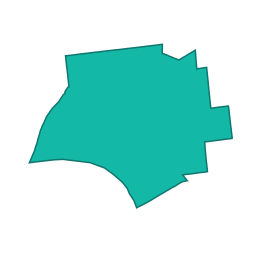 outline of Cetate, Dolj, Romania, rotated 352°
{"feature_id": "2599482B60212600347898", "entity_name": "Cetate", "entity_type": "district", "adm_level": 2, "iso_a3": "ROU", "parent_name": "Romania", "parent_adm1": "Dolj", "projection": "albers", "projection_center": [23.068, 44.111], "detail": "fine", "context": "isolated", "style": "filled", "palette": "teal", "viewbox_px": 256, "rotation_deg": 352, "n_neighbors": 0, "source": "geoboundaries", "source_scale": "gbopen_adm2", "svg_char_len": 5343}
<svg xmlns="http://www.w3.org/2000/svg" viewBox="0 0 256 256"><g transform="rotate(352 128 128)"><path d="M229.8,152.4L229.8,152.0L229.8,151.5L229.8,151.2L229.8,150.7L229.9,149.0L229.9,147.5L229.9,147.3L229.9,146.4L229.9,146.2L229.9,145.9L229.9,145.6L229.9,145.3L230.0,144.5L230.0,143.9L230.0,143.6L230.0,143.3L230.0,142.2L230.0,141.6L230.0,141.0L230.0,140.2L230.0,139.7L230.0,139.4L230.0,139.2L230.1,138.5L230.1,138.2L230.1,137.9L230.1,137.1L230.1,136.8L230.1,136.5L230.1,135.9L230.1,135.6L230.2,135.0L230.2,134.7L230.2,134.4L230.2,134.2L230.2,133.9L230.2,133.5L230.2,133.2L230.2,132.6L230.3,131.7L230.3,130.8L230.3,130.6L230.3,130.0L230.3,129.7L230.3,129.2L230.3,128.9L230.3,128.6L230.3,128.4L230.3,128.0L230.3,127.7L230.3,127.4L230.3,127.1L230.4,126.8L230.4,126.5L230.4,126.2L230.4,125.9L230.4,125.6L230.4,124.7L230.5,124.4L230.4,124.1L230.5,123.8L230.5,123.2L230.5,122.9L230.5,122.3L230.5,121.6L230.5,121.0L230.4,120.2L230.0,120.2L229.9,120.2L229.7,120.2L229.0,120.1L228.6,120.1L228.4,120.1L227.9,120.1L227.6,120.1L226.9,120.1L226.7,120.1L225.0,120.1L224.8,120.1L223.8,120.1L223.6,120.1L223.1,120.1L222.3,120.1L222.2,120.1L221.9,120.0L221.7,120.0L221.3,120.0L221.0,120.0L220.8,120.0L220.6,120.0L220.4,120.0L219.9,120.0L217.7,120.0L215.8,120.0L214.8,120.0L213.7,120.0L212.8,119.9L212.8,119.4L212.8,118.5L212.9,117.6L212.9,116.7L212.9,115.7L212.9,114.8L213.0,113.8L213.0,112.9L213.0,112.0L213.0,111.1L213.1,110.1L213.1,109.2L213.2,107.4L213.2,106.5L213.2,105.6L213.2,105.2L213.2,104.7L213.3,104.5L213.4,100.6L213.5,97.9L213.6,95.6L213.8,92.7L213.8,91.1L213.9,90.0L213.9,88.4L214.0,87.4L214.0,87.0L214.0,86.6L214.1,85.2L214.1,84.7L214.1,84.3L214.1,83.8L214.1,83.3L214.1,82.8L214.2,82.3L214.2,81.8L214.2,81.4L214.2,81.0L214.3,79.7L214.3,78.9L207.5,79.0L205.2,78.9L204.5,78.9L204.4,79.0L204.4,78.8L204.4,77.0L204.5,76.1L204.5,75.8L204.5,75.1L204.6,74.7L204.6,74.3L204.6,73.2L204.7,71.8L204.8,71.1L204.8,70.3L204.9,69.6L204.9,69.3L204.9,69.1L204.9,68.9L204.9,68.5L204.9,68.2L205.0,67.7L205.0,67.3L205.0,66.8L205.2,64.2L205.3,63.6L205.3,63.0L205.3,62.4L205.5,60.5L205.5,60.3L204.7,60.6L203.6,61.1L203.3,61.2L203.1,61.3L199.2,62.9L196.8,64.0L194.6,64.9L192.6,65.7L190.7,66.5L189.3,67.1L188.9,67.3L187.9,67.8L186.9,67.2L186.0,66.7L185.4,66.3L184.6,65.9L183.0,65.0L181.5,64.1L180.3,63.3L179.6,63.0L178.9,62.6L177.8,61.9L176.8,61.3L175.5,60.6L174.3,59.9L173.1,59.2L172.5,58.9L172.4,58.7L172.4,58.2L172.5,57.2L172.6,56.7L172.7,56.4L172.7,56.2L172.7,55.8L172.8,55.5L172.9,55.0L173.0,54.2L173.1,53.6L173.2,53.2L173.3,52.5L173.3,52.2L173.7,50.1L173.7,49.9L169.5,49.9L164.9,49.8L161.5,49.7L156.8,49.6L149.3,49.5L141.9,49.3L138.7,49.2L137.0,49.2L131.8,49.1L130.2,49.1L129.2,49.0L127.6,49.0L126.7,48.9L116.6,48.7L115.1,48.6L113.5,48.6L113.2,48.6L112.9,48.5L112.6,48.6L112.4,48.6L112.2,48.6L111.5,48.6L110.4,48.6L109.6,48.6L108.5,48.5L107.2,48.5L106.8,48.5L106.5,48.4L106.2,48.4L105.8,48.4L100.2,48.3L99.8,48.3L99.4,48.3L99.2,48.4L98.9,48.5L98.5,48.3L98.2,48.3L97.7,48.3L97.4,48.3L95.8,48.2L95.6,48.2L95.3,48.2L94.7,48.2L94.2,48.2L93.3,48.2L92.7,48.1L92.2,48.1L91.4,48.1L91.0,48.1L90.4,48.1L90.2,48.1L89.8,48.1L89.5,48.1L88.3,48.0L88.2,48.0L87.8,48.1L86.6,48.1L85.9,48.1L84.4,48.1L84.1,48.1L83.2,48.0L82.3,48.0L81.8,48.0L81.6,48.0L80.6,48.0L80.2,48.0L79.3,47.9L77.2,47.9L76.9,47.9L76.6,47.8L76.3,47.8L76.1,47.8L76.1,48.0L76.2,48.5L76.1,50.8L76.0,51.9L76.0,52.6L75.9,57.2L75.9,57.7L75.8,58.6L75.8,60.2L75.8,61.9L75.8,62.6L75.7,63.8L75.8,65.2L75.7,65.8L75.7,66.4L75.7,67.7L75.6,68.0L75.6,68.3L75.6,69.0L75.6,69.6L75.5,70.4L75.5,70.7L75.5,71.8L75.4,74.3L75.4,74.9L75.4,75.4L75.4,75.7L75.4,76.1L75.4,76.4L75.3,78.6L75.3,78.8L75.2,79.0L74.7,79.1L74.4,79.2L74.2,79.2L74.1,79.3L73.6,79.8L73.4,80.0L73.2,80.3L73.0,80.5L72.8,80.8L72.6,81.0L72.1,81.6L71.7,82.0L71.3,82.5L70.9,83.1L70.6,83.4L70.5,83.6L70.5,83.8L70.4,83.9L70.4,84.0L70.6,84.2L70.6,84.3L70.7,84.5L70.7,84.9L70.6,85.0L70.5,85.4L70.4,85.5L69.9,85.7L69.7,85.7L69.4,85.7L69.2,85.6L68.9,85.7L68.7,85.8L68.4,86.1L68.3,86.3L68.2,86.4L67.8,87.0L67.5,87.3L67.4,87.4L66.5,88.3L65.2,89.8L64.0,91.3L62.7,92.7L61.2,93.8L59.3,95.3L57.8,96.5L57.0,97.0L56.8,97.1L56.4,97.7L55.7,98.1L55.3,98.5L54.1,99.8L53.3,100.6L52.6,101.4L51.5,102.7L50.3,103.9L49.1,105.2L48.3,106.4L45.2,111.5L44.6,112.3L43.6,113.7L42.5,115.7L41.8,116.9L41.2,117.8L41.0,118.1L40.0,120.6L37.3,126.4L35.8,130.2L35.8,130.5L35.6,131.0L35.3,131.1L35.2,131.4L34.5,132.6L33.6,134.4L32.8,136.2L32.5,137.1L25.5,148.7L28.6,148.7L29.2,148.7L50.3,149.2L59.3,150.0L65.5,151.7L67.7,152.3L68.1,152.4L68.6,152.5L85.6,157.0L99.2,164.3L104.9,169.8L105.3,170.1L109.9,175.1L110.2,175.5L110.5,175.9L114.9,180.9L118.9,187.9L120.3,193.3L123.7,200.5L125.4,207.7L125.4,208.2L137.9,203.9L140.7,202.7L145.1,200.8L147.2,199.9L164.1,192.9L164.9,192.6L165.7,192.5L167.2,191.8L168.8,191.1L170.1,190.4L173.6,189.1L174.7,188.8L175.4,188.7L178.3,188.5L179.2,188.4L179.3,188.4L178.8,187.7L178.7,187.4L178.2,186.5L177.6,185.6L177.2,184.8L175.8,182.3L175.6,182.1L176.2,182.0L178.2,182.0L179.3,182.0L181.8,182.1L183.2,182.2L185.0,182.2L188.7,182.2L192.1,182.2L199.0,182.4L200.6,182.3L200.9,174.6L200.9,171.9L201.0,169.7L201.5,159.5L201.7,156.8L202.0,152.5L202.9,152.5L207.2,152.6L211.6,152.6L218.4,152.7L221.4,152.7L221.8,152.7L222.6,152.7L222.9,152.7L224.5,152.7L228.1,152.8L228.5,152.8L229.7,152.8L229.8,152.6L229.8,152.4Z" fill="#14b8a6" stroke="#0f766e" stroke-width="1.5"/></g></svg>